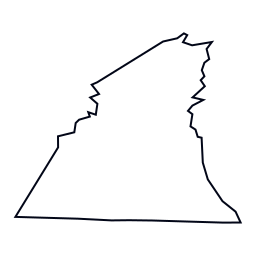 outline of McCreary, Kentucky, United States of America
{"feature_id": "52423323B49064282792865", "entity_name": "McCreary", "entity_type": "district", "adm_level": 2, "iso_a3": "USA", "parent_name": "United States of America", "parent_adm1": "Kentucky", "projection": "mercator", "projection_center": [-84.43, 36.777], "detail": "fine", "context": "isolated", "style": "outline", "palette": "ink", "viewbox_px": 256, "rotation_deg": 0, "n_neighbors": 0, "source": "geoboundaries", "source_scale": "gbopen_adm2", "svg_char_len": 679}
<svg xmlns="http://www.w3.org/2000/svg" viewBox="0 0 256 256"><path d="M15.4,216.9L78.1,218.7L111.5,220.4L129.2,220.2L152.5,220.5L222.7,222.6L226.7,222.6L240.6,222.5L235.6,211.7L222.5,201.2L207.8,179.4L202.8,162.6L201.6,137.7L197.7,136.8L195.5,129.6L190.5,126.4L192.4,114.2L188.0,110.9L192.4,105.6L203.3,99.9L192.6,97.4L204.8,86.2L200.7,80.2L204.4,76.3L201.8,70.2L204.4,62.7L209.2,59.1L206.6,49.0L211.9,42.0L192.1,45.3L183.0,42.2L187.2,35.1L183.9,33.4L177.2,38.3L163.1,41.5L97.2,82.3L91.7,84.7L99.0,94.0L90.2,97.5L97.4,103.8L95.8,114.7L88.3,112.2L89.8,116.6L79.1,119.7L75.7,123.0L74.3,132.3L58.0,136.3L58.1,147.4L15.4,216.9Z" fill="none" stroke="#020617" stroke-width="2"/></svg>